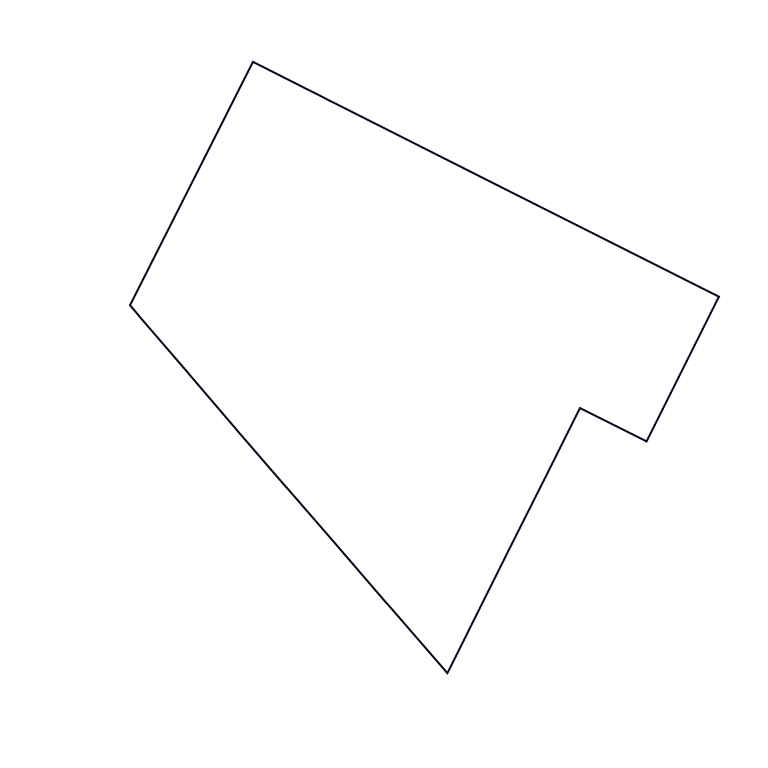 the district of Maipú, Chaco, Argentina, rotated 26°
{"feature_id": "61730980B32461814462498", "entity_name": "Maipú", "entity_type": "district", "adm_level": 2, "iso_a3": "ARG", "parent_name": "Argentina", "parent_adm1": "Chaco", "projection": "natural_earth1", "projection_center": [-60.353, -26.376], "detail": "fine", "context": "isolated", "style": "outline", "palette": "ink", "viewbox_px": 768, "rotation_deg": 26, "n_neighbors": 0, "source": "geoboundaries", "source_scale": "gbopen_adm2", "svg_char_len": 861}
<svg xmlns="http://www.w3.org/2000/svg" viewBox="0 0 768 768"><g transform="rotate(26 384 384)"><path d="M645.2,320.5L645.2,320.3L645.2,315.7L646.7,161.5L646.8,158.7L641.5,158.6L639.2,158.6L631.7,158.5L628.2,158.5L416.2,155.9L214.6,153.2L210.2,153.2L202.8,153.0L199.7,152.9L185.3,152.8L132.4,152.0L125.0,151.9L121.6,396.2L121.2,424.6L121.5,424.7L133.2,429.8L133.8,430.2L202.8,459.8L206.8,461.6L272.4,490.1L275.8,491.6L341.7,519.8L341.8,519.7L411.4,549.3L418.3,552.3L480.8,579.2L488.0,582.1L550.4,608.7L550.7,608.8L557.5,611.7L567.7,616.1L567.8,614.3L567.8,611.2L568.2,570.4L568.2,567.9L568.2,564.3L568.2,562.1L568.3,554.1L568.9,484.4L568.9,481.3L568.9,480.5L569.0,473.3L569.8,408.3L569.9,400.4L570.0,396.4L570.0,392.4L570.6,327.4L570.7,319.7L578.0,319.8L637.7,320.4L640.1,320.4L645.1,320.5L645.2,320.5Z" fill="none" stroke="#020617" stroke-width="2"/></g></svg>